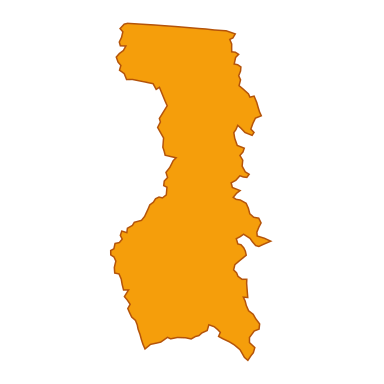 Jesuítas, Paraná, Brazil (Albers equal-area conic projection), rotated 182°
{"feature_id": "56859067B94541808233523", "entity_name": "Jesuítas", "entity_type": "district", "adm_level": 2, "iso_a3": "BRA", "parent_name": "Brazil", "parent_adm1": "Paraná", "projection": "albers", "projection_center": [-53.417, -24.413], "detail": "fine", "context": "isolated", "style": "filled", "palette": "amber", "viewbox_px": 384, "rotation_deg": 182, "n_neighbors": 0, "source": "geoboundaries", "source_scale": "gbopen_adm2", "svg_char_len": 2683}
<svg xmlns="http://www.w3.org/2000/svg" viewBox="0 0 384 384"><g transform="rotate(182 192 192)"><path d="M154.3,351.5L163.4,354.3L175.5,354.7L184.0,355.4L190.3,355.6L214.3,356.8L225.3,357.2L235.4,357.6L262.3,358.3L265.6,357.4L269.6,352.8L266.7,349.7L267.8,344.1L269.9,339.3L268.7,335.6L263.2,335.6L265.5,331.0L269.4,327.9L272.4,324.2L270.4,319.2L267.5,316.0L268.7,311.2L263.9,308.0L261.3,302.1L255.4,302.4L234.7,298.9L231.4,293.3L228.2,295.5L222.0,281.8L219.8,277.3L227.2,264.3L226.0,260.9L228.6,255.3L222.3,245.0L222.7,235.7L221.3,232.0L220.1,227.8L209.1,225.6L211.8,222.8L215.0,215.8L218.7,210.7L216.9,205.6L220.1,202.0L220.5,197.4L217.2,195.9L217.6,188.2L221.3,185.1L224.8,185.8L228.2,184.0L230.2,180.5L233.7,177.7L235.3,173.5L238.5,165.9L241.5,161.9L248.6,159.7L250.4,156.5L255.3,153.5L255.7,149.1L260.8,150.5L262.1,146.1L260.1,142.5L262.9,138.9L267.1,137.9L268.1,132.5L271.2,130.7L271.0,126.3L267.7,124.3L265.7,120.3L267.0,113.9L266.4,108.3L262.1,107.6L259.7,102.5L258.6,97.3L257.0,91.7L252.0,91.9L255.9,85.1L253.0,81.9L249.9,77.6L252.1,73.3L250.1,69.1L247.9,64.9L244.0,61.7L242.1,57.3L241.1,53.1L239.0,47.9L237.5,43.0L235.7,38.1L233.5,33.5L228.1,38.3L222.0,39.8L218.0,40.9L211.4,45.9L208.2,44.5L201.6,46.1L196.7,46.1L193.2,46.1L187.7,45.1L183.5,47.7L180.1,48.7L177.2,51.5L172.0,54.1L170.5,59.9L165.0,58.1L161.7,55.5L158.8,52.7L160.4,48.6L156.3,46.5L149.3,43.5L144.4,40.7L138.5,36.1L133.8,28.5L130.3,25.7L127.2,30.7L125.1,33.5L123.8,38.7L129.3,43.5L129.5,48.6L124.9,55.3L120.2,57.3L119.8,62.5L124.0,67.7L126.6,71.9L131.3,75.3L133.8,80.5L135.0,84.7L137.0,88.7L132.6,88.5L133.6,97.1L134.2,102.5L134.2,106.7L139.0,106.5L143.1,109.3L144.6,112.7L147.7,115.6L146.6,120.9L142.0,125.1L135.6,130.7L136.6,134.7L138.4,138.1L141.2,141.0L144.4,141.7L146.1,146.9L142.2,149.1L139.0,151.6L132.4,147.7L130.0,144.5L126.5,140.7L123.3,139.9L119.0,142.1L111.6,145.6L118.0,148.3L125.3,150.3L125.8,154.1L123.9,159.3L121.9,163.5L124.4,168.2L129.5,168.9L133.5,172.3L135.1,177.7L137.5,182.6L143.5,185.7L147.7,186.2L150.6,188.1L147.4,192.3L144.0,195.1L151.8,197.9L153.2,202.5L148.6,205.2L144.7,209.9L141.2,208.8L137.7,208.5L135.5,211.7L139.5,214.0L142.8,219.6L142.4,225.5L145.4,230.2L142.5,233.7L141.3,237.6L148.4,240.1L151.2,247.2L152.3,252.8L150.3,255.9L148.6,260.2L145.3,257.4L141.1,253.3L133.9,250.7L132.1,253.7L135.4,256.9L133.5,262.8L131.2,268.0L125.4,270.6L127.3,274.4L128.9,279.0L130.4,283.7L133.3,290.0L137.4,288.8L139.0,292.0L144.3,296.5L148.7,299.9L147.4,305.8L149.4,309.8L147.7,314.6L147.5,318.7L150.8,320.8L154.3,321.4L153.1,328.0L150.2,331.2L153.6,333.2L157.2,333.5L157.4,337.2L157.5,341.3L159.6,345.8L156.5,347.4L154.3,351.5Z" fill="#f59e0b" stroke="#b45309" stroke-width="1.5"/></g></svg>